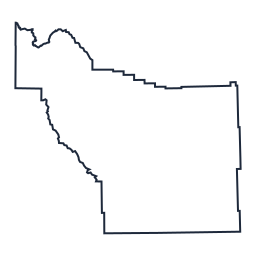 outline of Fremont, Wyoming, United States of America
{"feature_id": "52423323B51643539353926", "entity_name": "Fremont", "entity_type": "district", "adm_level": 2, "iso_a3": "USA", "parent_name": "United States of America", "parent_adm1": "Wyoming", "projection": "albers", "projection_center": [-109.435, 43.135], "detail": "fine", "context": "isolated", "style": "outline", "palette": "slate", "viewbox_px": 256, "rotation_deg": 0, "n_neighbors": 0, "source": "geoboundaries", "source_scale": "gbopen_adm2", "svg_char_len": 2240}
<svg xmlns="http://www.w3.org/2000/svg" viewBox="0 0 256 256"><path d="M235.7,82.1L230.4,82.3L230.5,85.8L181.4,86.9L181.4,88.2L180.1,88.2L165.5,88.4L165.5,86.7L155.0,86.8L155.0,83.3L144.6,83.4L144.5,79.9L134.1,80.0L134.1,74.8L123.6,74.9L123.6,71.3L113.2,71.4L113.1,69.7L92.4,69.7L92.4,60.1L90.2,58.6L86.8,52.3L84.4,51.1L83.3,48.3L80.3,47.2L80.0,46.4L79.2,43.9L78.1,42.9L75.4,42.8L74.1,38.0L72.5,37.8L71.2,34.8L69.5,34.2L68.7,32.2L66.1,32.0L65.8,30.0L62.7,31.2L60.7,29.3L58.5,29.3L57.2,30.6L56.0,31.2L55.6,30.6L54.3,31.8L52.9,32.7L50.3,35.6L49.4,38.3L48.8,39.5L49.0,40.7L49.3,41.9L48.7,42.6L47.6,42.6L46.5,43.1L45.4,43.6L44.5,43.6L43.5,44.0L42.5,44.7L41.9,45.4L41.3,45.8L41.1,45.7L40.7,45.7L40.6,45.9L39.9,46.3L39.3,46.8L39.0,47.2L38.7,47.4L38.3,47.5L37.8,47.3L37.1,46.8L36.4,46.4L36.0,46.0L35.6,46.0L35.3,45.7L35.2,45.4L34.9,45.1L34.7,45.2L33.9,45.6L33.1,45.0L32.8,44.1L33.1,43.4L32.7,42.7L32.9,42.0L33.4,41.5L34.2,41.4L35.0,41.2L35.7,41.0L36.1,40.6L36.2,40.3L36.0,40.1L35.3,39.8L34.9,39.4L35.1,38.9L35.4,38.7L35.4,37.4L34.9,37.1L33.6,35.9L33.2,35.1L33.4,34.0L33.2,33.2L32.5,32.8L31.8,32.5L31.8,31.2L32.6,30.2L32.6,29.2L31.6,29.3L30.7,29.8L27.4,30.2L24.8,28.6L22.0,29.2L20.7,29.7L20.2,29.2L20.1,28.8L20.2,28.5L20.2,28.1L20.2,27.9L20.1,27.7L19.9,27.6L19.7,27.7L19.2,27.6L18.9,27.7L18.7,27.5L18.7,27.0L18.6,26.5L18.7,26.2L18.5,25.9L18.2,25.7L18.3,25.4L18.0,25.1L17.9,24.8L17.7,24.4L17.5,24.1L17.5,23.8L17.4,23.4L16.1,22.7L15.7,22.7L15.5,45.3L15.7,46.0L15.4,88.2L41.4,88.6L41.4,92.6L41.3,100.3L43.2,100.3L45.4,99.3L46.6,100.3L46.2,104.6L48.5,107.1L47.4,110.5L47.9,111.3L46.7,112.5L48.1,114.5L48.7,116.9L48.2,118.5L49.6,120.0L50.3,124.4L52.2,124.8L53.0,129.4L55.6,130.6L58.3,134.5L59.0,137.3L57.9,138.5L58.8,140.7L59.0,143.0L63.4,143.3L64.3,145.1L66.6,145.5L67.7,148.2L69.6,148.4L71.5,149.9L72.7,151.9L75.1,151.1L77.2,154.2L78.5,157.2L78.9,159.8L80.0,161.9L82.8,163.0L84.1,165.7L86.0,168.0L89.3,169.4L87.8,170.1L87.0,172.4L88.1,173.2L90.6,172.5L92.0,174.6L96.2,176.2L94.8,177.4L96.6,179.7L96.0,181.4L101.5,181.5L101.9,212.9L104.2,212.8L104.3,233.3L158.2,232.9L240.2,231.7L239.7,210.9L238.0,210.9L236.9,169.0L240.6,168.9L240.4,158.4L239.6,127.1L238.3,127.2L237.3,85.6L235.8,85.6L235.7,82.1Z" fill="none" stroke="#1e293b" stroke-width="2"/></svg>